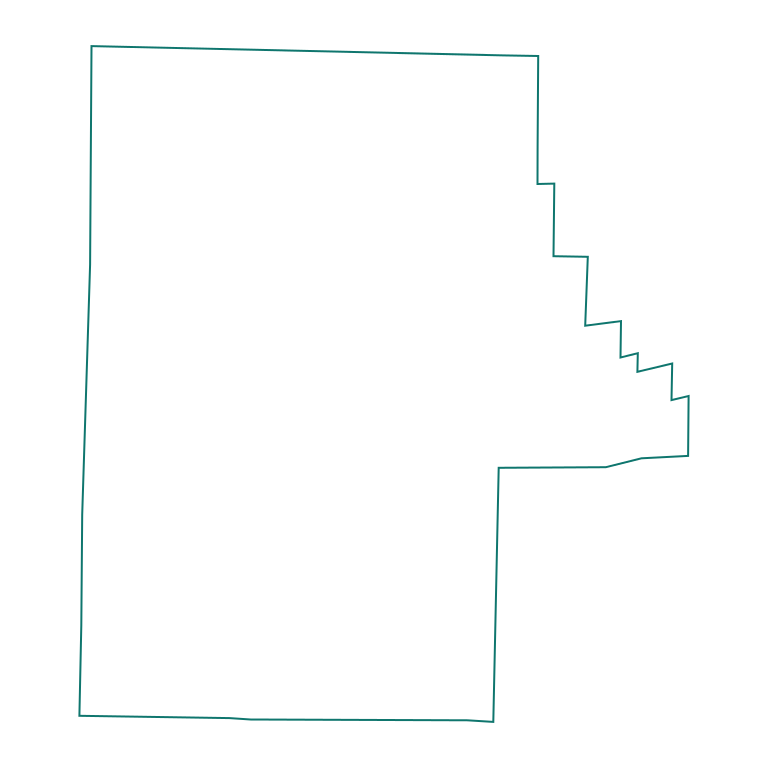 the district of Shannon, Missouri, United States of America
{"feature_id": "52423323B94843923052061", "entity_name": "Shannon", "entity_type": "district", "adm_level": 2, "iso_a3": "USA", "parent_name": "United States of America", "parent_adm1": "Missouri", "projection": "equal_earth", "projection_center": [-91.258, 37.153], "detail": "fine", "context": "isolated", "style": "outline", "palette": "teal", "viewbox_px": 768, "rotation_deg": 0, "n_neighbors": 0, "source": "geoboundaries", "source_scale": "gbopen_adm2", "svg_char_len": 466}
<svg xmlns="http://www.w3.org/2000/svg" viewBox="0 0 768 768"><path d="M82.2,514.6L81.3,625.5L79.4,715.8L229.6,718.1L250.6,719.5L467.4,720.3L493.3,721.9L498.7,467.8L605.8,467.2L641.5,458.3L688.1,455.9L688.6,396.0L671.5,400.1L672.2,363.5L637.4,371.8L637.8,353.2L620.5,357.5L621.0,321.1L585.2,325.7L587.8,256.8L553.5,256.2L554.3,183.6L537.5,184.0L537.6,147.5L538.2,56.0L503.6,55.4L91.5,46.1L90.1,264.5L82.2,514.6Z" fill="none" stroke="#0f766e" stroke-width="2"/></svg>